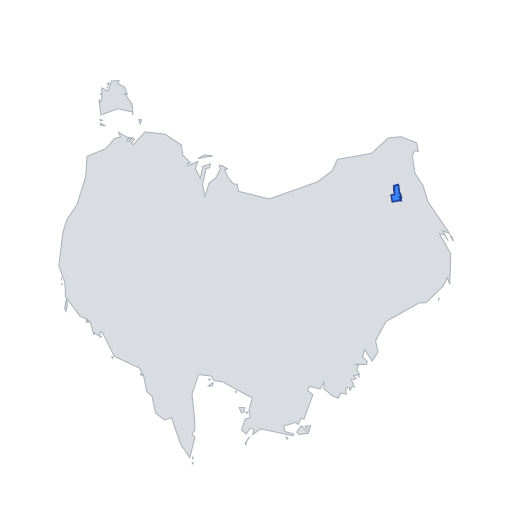 Mount Marshall, Western Australia, Australia shown in context, rotated 171°
{"feature_id": "25037944B9675874244357", "entity_name": "Mount Marshall", "entity_type": "district", "adm_level": 2, "iso_a3": "AUS", "parent_name": "Australia", "parent_adm1": "Western Australia", "projection": "natural_earth1", "projection_center": [117.638, -30.294], "detail": "fine", "context": "in_parent", "style": "filled", "palette": "blue", "viewbox_px": 512, "rotation_deg": 171, "n_neighbors": 0, "source": "geoboundaries", "source_scale": "gbopen_adm2", "svg_char_len": 5337}
<svg xmlns="http://www.w3.org/2000/svg" viewBox="0 0 512 512"><g transform="rotate(171 256 256)"><path d="M359.8,81.7L364.8,109.6L371.9,108.3L379.8,116.6L380.6,133.6L385.2,139.6L385.7,155.4L388.8,163.7L411.6,179.0L419.5,204.2L422.0,205.5L422.8,201.0L427.6,205.6L428.5,203.3L429.9,216.1L432.7,219.9L439.1,223.9L450.5,245.4L448.9,259.9L452.3,277.2L443.0,309.6L437.3,321.3L424.8,334.7L411.8,361.0L407.3,380.8L387.6,385.6L377.2,394.1L371.2,394.8L372.4,399.7L363.7,392.6L365.3,390.9L364.8,389.2L363.1,389.1L359.7,392.2L357.6,390.3L361.6,387.4L359.7,385.2L346.1,395.9L326.8,390.6L312.4,377.5L312.6,367.3L306.1,358.1L309.1,358.4L309.2,355.7L298.7,358.5L302.2,351.6L298.8,341.6L294.3,353.0L286.6,354.1L288.1,350.3L291.6,350.3L297.7,334.7L296.9,322.9L291.0,335.3L283.1,339.9L277.6,347.3L278.1,351.1L275.1,350.6L270.4,346.4L273.5,346.4L271.7,339.1L267.3,330.9L263.4,329.8L263.1,322.6L234.0,310.3L183.7,319.6L167.6,328.1L160.4,338.6L125.7,339.3L106.7,351.9L94.0,351.1L79.6,342.6L79.4,333.9L82.9,335.4L86.0,330.1L86.0,312.6L80.0,299.3L77.7,282.7L61.3,248.0L67.6,251.7L63.8,241.2L66.5,247.4L71.3,249.3L63.3,227.5L69.1,197.6L70.3,204.7L75.8,197.0L95.4,183.3L102.3,184.1L137.8,171.0L151.2,153.6L150.5,142.2L157.6,134.0L163.3,146.7L166.5,139.6L162.7,134.6L163.9,131.5L175.4,133.6L171.8,132.4L174.3,127.4L172.2,123.0L178.4,122.4L176.2,119.1L181.4,118.6L179.7,113.9L184.2,108.6L184.5,111.7L188.1,111.3L188.5,105.3L193.6,107.4L197.0,102.6L202.4,105.9L209.7,114.3L208.4,121.1L213.5,114.6L224.0,118.9L226.1,115.2L221.5,110.1L234.2,87.3L236.7,88.7L241.0,83.0L242.4,85.5L255.2,83.7L254.9,78.2L246.4,74.1L247.8,72.7L278.3,84.5L287.3,80.2L285.0,84.7L288.8,87.2L293.4,81.7L297.4,86.3L292.4,96.5L287.0,97.4L287.1,104.8L281.9,116.3L309.1,137.3L316.7,139.4L318.9,144.4L331.3,147.9L340.8,129.7L342.2,103.2L343.8,93.2L347.1,90.9L344.8,86.3L352.9,67.2L359.8,81.7ZM355.1,417.4L369.3,423.1L387.2,419.5L386.6,435.3L385.7,432.5L383.6,435.8L382.0,446.2L376.3,441.9L371.3,451.4L363.8,450.7L365.6,448.0L359.5,443.5L357.7,435.5L360.5,436.9L354.7,425.7L355.1,417.4ZM232.0,72.8L240.9,72.8L243.5,75.7L237.6,81.4L232.0,72.8ZM282.9,361.7L297.9,361.3L291.4,363.9L282.9,361.7ZM294.8,103.3L296.4,109.0L290.9,108.0L291.8,104.0L294.8,103.3ZM449.9,242.9L450.0,236.4L452.5,231.0L453.1,234.9L449.9,242.9ZM384.3,408.1L389.1,409.4L389.0,411.6L384.3,408.1ZM231.1,74.5L234.2,80.1L228.6,79.8L231.1,74.5ZM350.5,409.1L347.8,408.5L349.6,404.7L350.5,409.1ZM323.6,134.9L320.9,136.6L318.2,137.6L319.6,134.4L323.6,134.9ZM61.2,246.5L59.1,243.3L58.9,240.4L59.2,240.2L61.2,246.5ZM387.7,413.8L389.4,415.3L385.9,414.0L387.7,413.8ZM431.7,216.9L433.7,216.9L433.5,219.8L431.7,216.9ZM386.4,155.2L388.7,156.9L388.2,157.9L386.4,155.2ZM375.5,447.6L375.4,450.1L373.7,449.3L375.5,447.6ZM451.8,262.3L451.7,265.9L451.8,262.3ZM254.5,72.6L253.1,71.0L254.0,70.2L254.5,72.6ZM295.6,72.9L293.4,75.7L296.0,70.7L295.6,72.9ZM452.5,258.0L451.4,259.2L452.2,257.9L452.5,258.0ZM297.7,125.0L296.5,125.5L297.2,124.2L297.7,125.0ZM290.4,103.1L288.8,103.4L289.8,101.7L290.4,103.1ZM82.9,183.4L82.4,185.8L81.7,185.6L82.9,183.4ZM350.3,65.8L350.2,67.8L349.6,66.4L350.3,65.8ZM363.0,390.0L363.3,391.2L362.8,390.9L363.0,390.0ZM292.8,76.5L289.9,78.5L292.9,76.0L292.8,76.5ZM179.9,111.1L178.8,112.5L179.5,110.9L179.9,111.1ZM376.7,445.7L375.8,446.2L376.4,445.3L376.7,445.7ZM322.2,141.7L320.6,141.6L321.4,140.5L322.2,141.7ZM173.9,121.4L173.1,122.1L173.1,120.4L173.9,121.4ZM384.4,440.3L383.1,441.1L383.6,439.7L384.4,440.3ZM351.4,60.6L351.2,61.9L350.4,61.3L351.4,60.6ZM362.2,391.7L363.3,392.8L361.2,392.5L362.2,391.7ZM414.4,178.9L413.3,178.9L413.8,177.4L414.4,178.9ZM421.9,200.8L421.3,200.8L421.8,199.6L421.9,200.8ZM355.9,415.5L355.4,416.5L355.2,415.2L355.9,415.5Z" fill="#d9dde1" stroke="#a8b0b8" stroke-width="1"/><path d="M103.8,295.2L104.3,295.2L104.3,300.9L104.2,301.0L104.2,303.1L104.1,303.3L104.1,303.5L104.2,304.0L104.3,303.9L105.1,303.9L105.2,304.1L105.4,304.1L105.7,304.2L105.7,303.9L106.0,303.9L106.0,304.0L106.1,303.9L106.3,303.9L106.5,303.9L106.8,303.8L106.7,303.8L107.3,303.8L107.3,304.0L107.5,304.0L108.0,304.0L108.7,304.0L108.7,303.6L108.9,303.6L108.6,302.9L108.7,302.6L108.9,302.6L108.9,302.3L109.0,302.3L109.1,301.9L109.2,301.7L109.4,301.7L109.4,301.0L109.3,300.8L109.2,300.6L109.2,300.3L108.8,300.3L108.8,300.0L108.8,299.9L108.8,299.7L109.0,299.7L109.1,299.8L109.2,299.5L109.4,299.5L109.4,299.4L109.6,299.4L109.6,298.5L109.5,298.2L109.5,295.1L113.0,295.1L113.0,288.5L112.9,288.2L105.1,288.2L105.2,288.3L105.3,288.4L105.3,288.5L105.4,288.8L105.2,288.9L104.9,288.9L105.0,288.9L104.9,288.8L104.7,288.8L104.7,288.7L104.4,288.6L104.2,288.5L104.1,288.3L104.0,288.5L103.9,288.4L103.9,288.5L103.9,288.8L103.8,289.0L103.8,289.3L103.8,289.5L103.8,289.8L103.8,289.7L103.8,289.8L103.7,289.9L103.7,290.0L103.4,290.1L103.3,290.3L103.2,290.6L103.2,290.8L103.2,291.0L103.2,291.3L103.3,291.3L103.5,291.2L103.9,291.2L104.0,291.2L104.3,291.0L104.4,290.9L104.5,290.9L104.5,291.0L104.5,290.9L104.6,291.0L104.8,291.1L104.9,291.3L104.9,291.5L104.8,291.8L104.8,292.0L104.7,292.0L104.4,292.2L104.2,292.1L103.9,292.1L103.7,292.0L103.6,291.9L103.4,291.9L103.3,292.0L103.4,292.3L103.5,292.3L103.5,292.5L103.5,292.8L103.5,293.0L103.6,293.3L103.6,293.5L103.5,293.8L103.5,294.0L103.6,294.3L103.7,294.5L103.6,294.8L103.7,295.0L103.7,294.9L103.7,295.0L103.8,295.1L103.7,295.1L103.8,295.1L103.8,295.2Z" fill="#3b82f6" stroke="#1e3a8a" stroke-width="1.5"/></g></svg>